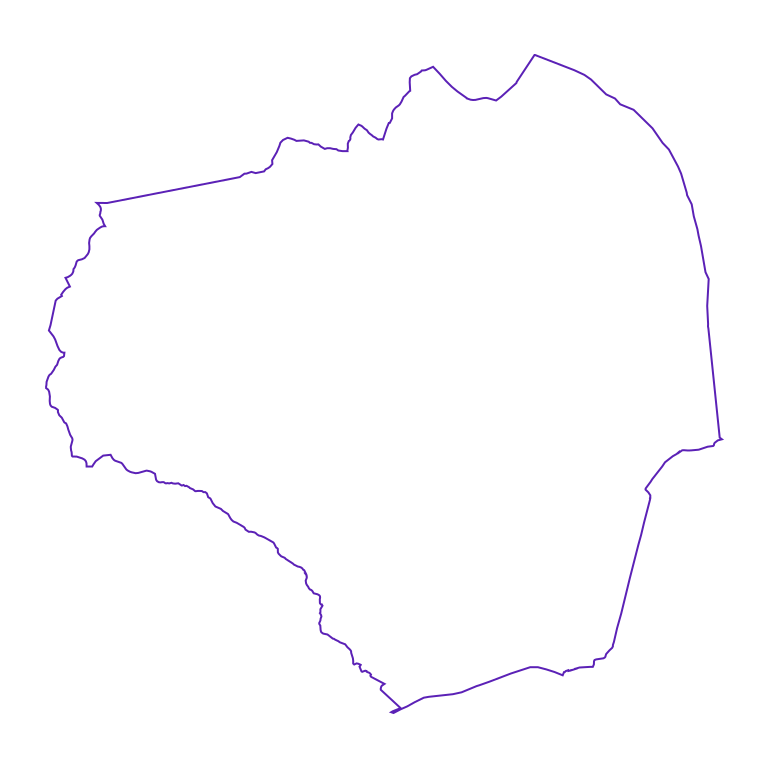 Repelón, Atlántico, Colombia (Mercator projection)
{"feature_id": "7082276B99103444770776", "entity_name": "Repelón", "entity_type": "district", "adm_level": 2, "iso_a3": "COL", "parent_name": "Colombia", "parent_adm1": "Atlántico", "projection": "mercator", "projection_center": [-75.149, 10.502], "detail": "fine", "context": "isolated", "style": "outline", "palette": "violet", "viewbox_px": 768, "rotation_deg": 0, "n_neighbors": 0, "source": "geoboundaries", "source_scale": "gbopen_adm2", "svg_char_len": 5990}
<svg xmlns="http://www.w3.org/2000/svg" viewBox="0 0 768 768"><path d="M96.7,202.9L98.9,204.9L100.3,206.9L100.8,208.3L100.9,209.6L100.8,210.8L100.3,212.1L100.4,212.9L99.7,215.1L99.8,215.8L102.4,219.7L103.7,223.8L105.1,226.2L103.9,226.2L102.2,226.5L100.4,227.4L98.2,228.9L96.8,229.9L95.2,231.8L94.1,233.4L91.3,236.3L90.1,237.9L89.6,239.4L89.1,243.0L89.4,246.1L89.4,249.4L88.7,252.3L87.8,254.1L84.6,258.0L81.9,259.3L78.2,260.2L77.1,261.1L76.6,261.8L75.6,265.4L74.7,267.5L73.5,269.1L73.3,271.5L72.3,273.7L71.2,274.9L69.9,275.9L67.6,277.2L65.5,277.8L69.9,286.6L67.3,287.7L65.4,289.2L63.2,291.8L61.2,294.7L61.9,296.0L57.4,298.7L55.7,300.6L50.5,325.2L48.9,330.5L53.5,336.4L55.2,339.6L57.5,346.0L59.4,350.0L61.2,351.9L63.3,352.7L64.4,352.7L64.0,356.1L63.2,356.9L61.3,357.5L59.8,358.4L59.4,358.9L58.3,361.0L57.1,364.8L55.4,366.7L53.8,369.9L51.6,373.1L51.1,373.8L49.6,374.8L48.5,376.5L46.6,381.8L46.4,385.2L46.1,386.3L46.1,388.1L48.1,389.6L49.1,391.6L49.9,396.4L49.7,400.9L50.0,403.9L50.6,405.5L51.7,406.7L55.1,407.9L57.8,409.8L58.0,410.5L57.9,412.0L59.3,415.3L61.8,417.7L64.2,422.2L64.6,422.6L66.1,423.4L67.4,426.3L68.3,429.6L70.2,434.9L72.2,438.2L72.5,439.4L72.4,440.6L70.8,446.5L70.8,447.7L71.1,450.5L71.6,452.1L71.9,455.8L72.5,456.5L76.7,456.6L82.3,458.4L84.6,459.7L85.9,461.3L86.5,463.3L86.6,466.5L92.2,466.5L93.4,464.5L95.7,461.2L103.2,455.6L110.6,454.8L112.4,458.1L113.8,459.8L115.1,460.7L121.4,462.9L122.4,463.9L126.3,469.4L127.5,470.4L129.9,471.7L131.6,472.3L135.7,473.2L138.4,472.9L146.2,470.7L147.1,470.7L150.0,471.3L151.4,471.8L155.0,473.8L156.1,479.7L157.1,481.2L158.8,482.2L160.5,482.4L162.3,482.1L163.4,482.1L164.0,482.3L165.1,483.1L166.0,483.4L167.3,483.1L169.3,483.4L171.5,482.8L172.8,483.4L175.2,483.7L178.3,483.3L181.6,485.5L182.5,485.4L183.5,485.0L185.1,486.1L186.5,485.8L189.2,487.3L189.8,488.0L193.1,489.4L195.1,491.1L195.8,491.2L198.0,490.9L201.4,491.0L202.0,491.1L203.4,492.1L205.3,492.1L206.9,493.4L208.2,497.2L210.1,498.3L210.5,498.7L212.7,503.1L215.4,506.5L220.9,508.9L223.0,511.0L228.1,514.1L230.3,518.1L231.6,519.9L233.4,521.5L236.7,522.8L243.8,527.0L244.7,527.9L245.5,529.6L248.8,531.8L251.0,531.7L254.5,532.4L255.6,533.0L257.3,534.6L258.8,535.5L261.0,536.0L264.4,537.4L273.4,542.5L274.1,543.5L276.1,547.5L277.1,548.1L277.8,548.8L277.9,552.4L278.6,553.7L281.2,556.3L284.7,557.8L285.8,559.0L292.8,563.5L294.2,564.8L295.2,565.2L297.7,566.5L299.6,566.9L301.1,567.5L302.3,568.4L303.3,569.8L304.2,570.2L305.9,573.6L305.3,573.6L306.5,575.3L306.8,576.2L306.6,576.6L306.8,577.7L305.7,580.6L306.1,583.4L306.8,584.9L308.2,586.8L308.9,588.3L310.1,589.6L311.1,589.9L312.2,590.8L313.7,593.3L317.6,594.3L319.3,595.3L320.0,596.3L320.1,597.7L319.8,599.3L319.9,603.0L320.1,603.5L321.0,604.5L321.4,604.7L321.8,604.5L322.5,605.7L320.4,609.2L320.4,612.3L319.9,613.1L320.3,613.5L320.7,614.6L321.1,615.0L321.4,616.6L320.6,618.7L320.4,620.5L319.2,623.1L319.4,624.2L320.3,625.5L320.6,629.9L321.0,631.6L321.4,632.3L323.2,633.6L327.5,634.5L332.8,638.6L333.9,638.8L335.2,639.7L338.6,641.3L339.5,642.1L340.4,642.5L345.2,644.3L347.4,647.2L349.6,649.2L350.8,650.6L351.1,651.4L351.2,652.9L352.9,658.3L353.2,660.8L353.2,663.5L353.5,663.9L354.2,664.5L356.6,663.4L357.1,663.5L358.2,663.7L360.7,664.8L360.5,665.4L359.5,666.6L361.5,671.4L362.2,671.8L365.2,670.7L366.5,671.0L366.5,671.5L367.3,672.1L368.7,672.5L369.8,673.2L371.0,674.6L370.4,675.8L371.2,676.9L384.5,683.9L382.2,685.4L381.6,686.0L381.1,687.0L380.7,688.9L380.8,689.8L400.6,708.1L392.7,711.3L391.2,712.2L393.5,713.0L400.6,709.3L407.2,706.4L414.7,702.2L423.8,697.7L428.9,696.8L452.9,694.2L461.6,692.3L476.6,686.1L479.2,685.3L489.4,681.7L510.9,673.5L530.2,667.2L537.9,667.2L546.3,669.4L554.5,672.0L562.7,675.3L564.0,672.1L564.7,672.1L565.7,671.1L568.2,670.2L568.4,671.0L570.6,670.3L570.6,670.5L576.0,668.8L575.8,668.6L576.2,668.5L579.5,667.5L589.6,666.9L592.8,666.9L593.9,664.4L594.0,661.2L594.6,660.0L596.2,659.4L603.5,658.3L604.8,657.5L605.4,656.7L605.7,655.4L606.2,654.0L609.6,650.2L612.2,647.8L612.9,646.3L612.9,645.0L613.9,642.0L617.1,628.1L621.2,613.6L629.9,577.9L638.4,544.7L641.1,535.0L644.1,522.4L649.9,500.1L650.3,498.2L650.0,498.1L650.3,496.7L650.3,495.3L648.3,492.3L645.6,489.7L645.5,489.2L645.7,488.4L650.6,481.8L652.3,479.1L662.2,466.5L665.0,462.3L672.8,456.2L676.5,454.1L678.8,452.1L678.8,452.7L682.2,450.3L683.9,450.2L688.0,450.5L690.9,450.4L698.7,449.7L707.7,446.7L713.1,446.0L713.8,445.4L714.2,443.7L714.7,442.8L717.8,440.4L721.9,439.3L719.7,437.6L708.4,328.6L708.0,326.4L708.1,324.0L707.2,305.9L708.7,279.0L705.5,272.2L701.0,246.1L698.6,235.7L697.4,229.2L693.8,216.3L691.7,204.3L687.1,195.2L686.7,192.6L681.1,173.6L678.0,166.5L668.9,149.5L662.6,142.9L652.5,128.3L633.6,109.8L620.2,104.3L615.0,98.5L606.2,94.4L591.0,79.5L584.4,74.9L574.3,70.2L535.0,55.0L534.5,55.0L516.7,81.9L516.4,83.0L501.2,96.7L496.1,100.5L488.0,98.2L486.4,97.9L483.3,98.1L475.4,99.9L473.0,100.0L470.6,99.7L466.8,98.4L466.8,98.1L457.5,91.5L451.8,86.8L445.9,80.9L439.8,73.9L433.1,66.8L426.3,69.9L425.0,70.3L421.7,70.5L421.0,71.5L417.1,74.2L414.6,74.8L411.3,76.4L409.9,78.2L409.7,82.3L410.2,90.8L409.3,91.3L405.0,95.8L403.6,97.0L401.5,101.6L399.8,104.4L398.8,105.4L395.8,107.5L393.9,109.6L393.1,110.9L392.1,113.4L392.1,118.4L389.8,122.9L388.8,123.0L386.5,128.6L383.0,139.5L381.7,139.2L378.4,139.5L377.2,139.0L375.6,137.7L373.1,136.4L371.6,135.0L370.4,134.2L368.6,132.7L366.9,130.2L364.6,128.7L362.4,126.6L361.4,125.8L358.4,124.5L355.6,127.8L352.8,132.5L350.9,135.0L350.3,137.4L350.4,138.9L350.1,139.7L349.6,140.5L348.8,141.0L347.8,143.7L347.9,147.8L347.4,150.5L347.5,151.1L342.3,151.1L338.3,150.5L336.5,149.2L333.1,148.9L330.1,148.2L327.2,148.2L324.8,148.9L320.8,146.6L318.4,144.4L316.5,144.5L314.0,144.2L311.6,142.9L309.9,142.8L308.7,141.7L303.9,140.4L296.4,140.9L294.4,139.8L291.0,138.6L287.6,137.8L283.0,140.0L280.4,142.7L279.4,145.9L276.8,152.1L272.1,160.2L272.4,164.0L270.0,166.8L268.2,168.1L265.7,169.3L264.1,171.4L255.7,173.1L251.4,171.9L246.5,173.6L244.4,173.7L239.8,177.1L107.2,203.0L96.7,202.9Z" fill="none" stroke="#5b21b6" stroke-width="2"/></svg>